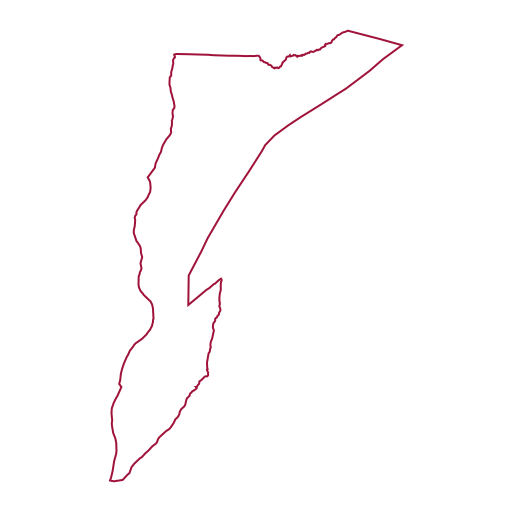 the district of Bomongo, Équateur, Democratic Republic of the Congo
{"feature_id": "63176286B36806520086654", "entity_name": "Bomongo", "entity_type": "district", "adm_level": 2, "iso_a3": "COD", "parent_name": "Democratic Republic of the Congo", "parent_adm1": "Équateur", "projection": "albers", "projection_center": [18.302, 0.781], "detail": "fine", "context": "isolated", "style": "outline", "palette": "rose", "viewbox_px": 512, "rotation_deg": 0, "n_neighbors": 0, "source": "geoboundaries", "source_scale": "gbopen_adm2", "svg_char_len": 4730}
<svg xmlns="http://www.w3.org/2000/svg" viewBox="0 0 512 512"><path d="M176.7,418.2L178.2,416.4L179.5,413.8L179.7,411.8L181.5,408.8L183.9,406.8L184.8,405.5L185.3,404.6L186.1,400.7L186.9,398.4L189.6,395.7L189.8,394.4L190.3,393.3L191.4,392.6L191.7,392.1L192.0,391.6L192.7,391.0L193.8,390.6L196.0,388.9L196.5,388.5L196.7,388.0L195.9,387.0L196.7,387.0L197.9,385.0L199.1,383.8L199.3,382.8L199.2,381.9L199.7,381.2L201.3,380.1L204.8,376.6L205.6,376.3L207.2,376.3L208.1,375.4L208.1,372.3L207.5,371.4L206.9,369.7L207.0,369.4L207.1,369.2L207.6,369.0L207.2,367.9L207.2,367.2L207.0,362.6L208.6,353.3L209.7,351.8L210.1,348.9L210.8,347.3L210.6,346.7L210.4,344.9L210.7,342.2L212.2,338.3L213.9,330.4L213.7,330.0L213.0,328.0L212.9,326.4L212.9,326.2L213.1,324.9L213.3,323.5L213.7,322.7L214.6,321.8L215.2,320.5L215.2,318.8L215.7,318.2L216.9,317.4L217.5,315.9L218.8,314.7L219.1,312.6L220.2,311.0L220.4,309.9L220.3,308.7L220.0,307.9L219.3,306.2L219.4,305.8L219.4,305.5L219.9,304.1L219.6,302.8L219.8,302.1L219.3,300.6L219.5,299.3L219.3,298.3L219.7,294.8L219.8,293.5L220.6,290.6L220.8,288.9L220.7,286.5L220.9,282.1L221.6,280.7L221.5,279.4L221.1,278.7L219.9,279.4L219.4,279.7L216.6,282.1L215.9,282.8L215.3,283.5L214.0,284.0L208.9,288.4L208.2,288.7L208.0,288.9L206.5,289.8L188.3,305.0L188.7,275.5L201.4,251.3L207.7,238.1L223.7,210.6L235.2,192.1L248.8,171.6L261.5,151.7L265.3,145.0L274.4,135.5L288.2,125.4L301.2,116.8L310.7,110.9L319.2,105.6L338.2,93.5L346.0,88.6L369.5,70.9L383.3,58.9L390.6,53.6L402.0,45.2L379.4,38.9L347.8,30.7L345.4,31.8L343.5,32.3L342.7,32.5L339.1,34.9L337.7,35.2L337.0,35.8L336.4,37.0L335.1,37.9L333.9,39.4L333.1,39.5L332.0,40.8L331.6,42.1L330.6,43.1L328.8,43.2L327.6,43.8L325.8,43.9L325.0,44.9L325.4,45.8L325.1,46.2L322.1,47.4L320.9,48.3L319.9,49.6L318.6,49.6L318.0,50.2L317.0,50.3L316.7,49.9L315.1,50.9L313.9,51.7L313.3,51.9L312.2,51.8L311.2,51.4L310.7,51.4L309.7,52.1L309.7,52.5L309.3,52.9L308.0,52.9L307.2,53.4L306.9,53.6L305.5,53.7L304.6,54.8L303.6,54.9L303.0,54.7L302.5,55.0L302.2,55.7L301.7,55.8L301.3,55.3L300.6,55.8L299.1,55.8L298.7,56.2L297.6,55.8L297.1,56.6L296.5,55.8L295.9,55.7L295.2,55.1L294.4,55.3L293.9,55.1L293.5,55.0L293.1,55.6L292.2,55.9L290.5,56.4L290.2,56.2L289.9,55.2L288.8,56.5L287.2,56.6L286.3,57.6L286.0,59.3L285.6,59.9L283.3,61.8L283.0,62.4L282.6,62.5L282.0,64.2L281.0,66.3L280.1,66.6L279.3,67.6L279.0,67.9L278.2,68.2L277.3,67.5L276.6,67.5L276.0,67.9L275.0,67.6L274.6,68.1L274.5,68.3L272.2,67.1L271.5,65.9L271.3,65.7L270.7,65.2L269.0,64.7L268.4,64.8L267.7,63.4L267.1,63.0L265.8,62.8L264.9,62.2L263.9,62.1L262.5,60.5L260.8,60.4L260.4,60.0L260.5,58.9L260.2,57.8L259.0,56.0L258.5,55.8L256.9,55.7L254.2,56.1L250.3,56.0L245.7,56.1L238.7,55.8L228.2,55.7L213.1,55.2L208.9,54.8L187.4,54.2L177.0,54.0L176.1,54.0L175.9,54.1L174.2,54.6L175.0,57.3L173.9,58.3L173.0,60.3L173.3,63.5L172.8,65.2L172.3,68.4L171.2,72.1L171.2,75.7L169.8,77.2L169.5,81.9L169.5,84.8L170.5,88.1L170.8,91.3L170.8,91.7L172.0,95.0L172.2,96.5L173.7,101.5L174.5,105.9L174.3,108.1L172.8,109.9L172.5,113.4L173.0,116.1L172.5,119.0L171.8,120.7L172.0,122.3L171.8,126.0L170.8,129.0L171.2,132.2L170.8,133.4L169.8,135.2L166.1,139.6L164.6,142.3L163.8,143.6L163.0,145.1L162.0,147.6L161.6,149.1L161.1,151.5L160.3,153.2L159.8,153.7L157.6,159.2L155.8,162.9L155.1,166.2L154.9,167.7L147.7,177.4L149.7,180.9L150.2,182.9L150.5,186.3L150.6,188.3L150.2,191.2L150.1,192.0L148.1,196.0L147.9,196.9L145.6,200.2L140.2,205.4L139.9,206.3L137.0,210.8L136.5,212.0L136.4,214.5L135.3,215.6L134.7,217.5L135.2,220.0L135.0,223.2L134.7,226.2L133.8,230.2L133.8,233.1L136.5,241.1L137.7,242.6L139.5,245.3L140.2,246.6L140.7,248.5L140.9,250.3L140.9,252.5L142.2,257.2L140.5,263.2L141.5,268.6L140.5,271.2L139.8,272.3L139.7,273.9L138.7,276.4L138.5,284.5L139.0,287.5L139.3,288.2L140.7,291.2L143.2,294.0L143.8,295.0L149.2,300.2L150.4,301.2L151.9,304.1L152.2,304.9L152.5,306.1L153.0,308.9L153.5,318.7L153.0,320.0L153.0,321.8L152.0,325.7L152.0,325.9L150.0,329.7L147.3,333.1L146.8,334.1L142.2,338.7L138.5,341.3L135.5,343.4L133.8,345.3L133.5,346.1L129.8,350.8L128.4,354.1L126.6,357.3L126.3,358.0L124.1,363.0L122.1,368.9L120.9,373.6L120.4,378.3L120.2,380.1L119.2,383.9L121.4,387.0L117.4,396.0L116.0,398.3L113.7,402.9L111.8,408.4L111.5,413.2L112.0,418.6L112.2,420.3L111.8,423.3L112.0,426.0L113.2,433.0L115.3,438.3L115.5,439.2L115.7,440.3L116.2,442.7L116.5,450.7L116.2,453.6L114.5,459.9L114.2,460.9L112.6,471.1L111.1,477.5L110.0,480.5L113.9,481.3L121.0,480.2L122.7,479.9L127.6,474.6L129.4,473.2L131.6,467.0L134.2,463.8L134.6,463.4L140.0,458.2L141.9,457.1L145.4,453.2L148.0,451.0L149.5,449.4L152.3,446.3L155.8,443.7L156.8,442.5L158.3,438.7L159.2,437.4L163.1,433.8L166.1,431.1L168.4,429.6L169.1,429.2L170.6,427.5L173.6,423.1L175.5,419.1L176.7,418.2Z" fill="none" stroke="#9f1239" stroke-width="2"/></svg>